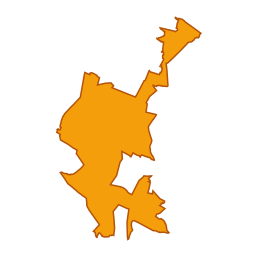 the district of Cuapiaxtla, Tlaxcala, Mexico, rotated 91°
{"feature_id": "50627088B23479789488100", "entity_name": "Cuapiaxtla", "entity_type": "district", "adm_level": 2, "iso_a3": "MEX", "parent_name": "Mexico", "parent_adm1": "Tlaxcala", "projection": "mercator", "projection_center": [-97.773, 19.339], "detail": "fine", "context": "isolated", "style": "filled", "palette": "amber", "viewbox_px": 256, "rotation_deg": 91, "n_neighbors": 0, "source": "geoboundaries", "source_scale": "gbopen_adm2", "svg_char_len": 5603}
<svg xmlns="http://www.w3.org/2000/svg" viewBox="0 0 256 256"><g transform="rotate(91 128 128)"><path d="M196.5,172.2L197.0,171.2L198.6,169.0L199.0,168.5L202.0,168.1L206.1,167.8L207.3,167.4L210.8,165.4L225.1,154.9L227.2,156.6L232.0,160.8L232.8,159.2L234.1,158.8L236.8,158.1L237.3,157.9L237.9,157.4L237.9,157.1L235.8,156.5L235.2,156.2L234.0,155.4L233.4,155.2L233.8,153.9L233.9,153.7L234.4,153.5L235.6,152.7L235.8,152.1L236.2,151.6L236.7,151.9L237.1,150.7L237.2,150.1L237.4,149.7L237.4,149.0L237.2,148.6L237.3,148.2L237.0,147.7L237.3,146.9L237.0,146.6L237.0,146.1L237.1,145.9L236.9,145.0L236.2,144.7L235.9,144.4L235.9,144.2L235.4,143.3L235.8,142.7L235.8,142.4L235.2,141.6L235.2,141.2L235.3,140.9L235.6,140.4L227.8,139.6L226.9,139.8L219.5,140.4L214.0,141.1L211.5,141.3L209.5,139.6L204.8,136.0L208.6,127.3L209.0,125.7L217.7,126.8L218.6,126.9L222.1,127.3L223.4,127.3L236.6,126.7L239.4,126.2L239.0,125.6L238.5,125.3L236.1,124.8L232.5,123.4L231.8,123.1L230.9,122.2L230.1,121.7L229.5,121.7L228.6,122.3L226.4,122.8L223.7,123.0L222.0,122.6L221.0,121.8L220.6,121.3L220.4,120.6L221.8,117.3L223.7,113.5L230.2,101.0L230.3,100.7L230.1,100.2L230.4,98.2L230.8,97.3L231.3,96.4L231.5,95.5L231.5,94.7L231.9,94.5L231.7,92.9L231.7,92.1L231.5,90.9L231.5,90.2L231.8,89.0L232.2,87.4L232.4,86.2L232.4,85.7L232.2,85.5L231.9,85.2L229.9,87.2L229.2,87.4L224.9,88.1L224.0,88.5L223.5,88.6L223.2,88.7L223.1,89.0L222.8,89.3L221.9,89.4L221.7,89.6L220.6,90.0L220.3,90.7L219.9,90.8L219.6,91.1L219.4,91.5L219.0,91.7L218.7,92.6L218.2,93.0L218.1,93.6L218.5,94.4L218.5,95.2L218.1,95.8L215.8,98.9L213.4,97.5L213.3,95.9L213.0,95.6L212.6,94.6L207.9,89.7L204.9,94.9L204.5,94.2L204.0,93.8L202.7,93.3L203.1,92.7L202.6,92.2L202.4,92.3L202.1,91.9L202.3,91.8L202.5,91.9L202.6,91.6L202.5,91.0L201.9,90.4L201.5,90.2L200.5,90.1L198.1,94.9L190.4,102.0L193.5,102.5L192.5,107.1L188.2,105.9L181.9,104.8L181.3,106.5L180.9,105.8L180.8,105.3L180.7,105.1L180.4,105.0L180.0,105.1L179.6,105.4L178.7,106.5L178.3,106.6L177.8,106.4L176.6,104.9L176.0,104.0L175.5,103.7L175.6,105.8L175.9,107.1L175.6,111.3L176.7,112.0L177.1,112.4L180.4,116.1L194.6,123.0L192.9,126.3L192.1,127.2L191.2,127.7L189.8,129.0L188.8,130.2L187.7,132.1L186.8,134.8L185.0,144.6L184.7,144.6L184.1,144.2L175.8,138.6L162.0,135.3L161.6,134.7L158.7,133.1L157.3,133.2L156.2,133.3L153.8,133.6L151.5,133.7L153.3,130.3L156.0,125.0L156.5,125.2L156.8,124.6L152.8,122.6L155.0,118.6L155.2,117.7L155.2,116.7L155.9,116.2L156.1,115.8L156.6,115.6L156.9,115.3L156.7,115.1L155.7,115.0L154.7,113.7L155.0,113.1L155.1,112.6L155.5,111.5L155.7,110.9L156.4,109.3L156.5,108.3L156.9,107.6L157.1,106.2L157.3,105.6L157.5,105.4L158.2,104.9L159.2,103.5L159.6,101.4L159.8,101.3L159.7,101.1L159.1,101.2L156.2,102.5L155.4,103.0L154.4,103.8L153.9,104.0L152.3,104.9L151.0,105.2L149.8,105.3L148.6,105.3L147.6,105.8L146.7,105.9L145.1,105.6L141.9,104.3L140.7,104.1L139.8,104.0L133.1,106.3L129.5,107.4L127.9,107.4L126.3,107.7L125.5,107.2L119.6,103.5L119.1,102.9L118.7,102.6L114.3,99.9L114.1,99.9L113.3,103.6L111.8,110.3L103.5,109.2L102.4,110.3L96.1,106.9L94.2,104.8L92.1,102.3L91.1,101.3L90.8,101.1L90.3,100.4L90.1,100.1L86.0,103.3L84.9,103.6L85.9,100.1L85.1,99.7L85.0,98.5L85.1,98.2L84.9,97.5L85.0,97.0L84.9,96.8L84.9,96.6L85.2,96.3L85.1,95.7L85.3,95.4L85.7,94.3L85.6,93.8L85.6,92.4L85.5,92.2L85.7,91.6L85.6,91.0L85.8,90.5L85.8,89.6L85.7,89.4L85.4,88.9L85.0,88.8L69.5,90.1L62.7,91.0L62.4,89.6L56.5,83.5L47.5,74.8L42.4,70.1L42.1,70.0L41.8,69.5L41.4,69.2L41.2,68.9L41.1,68.4L40.8,66.2L40.3,65.3L39.6,64.8L39.1,63.8L38.1,63.1L37.6,63.1L37.2,62.7L36.9,62.1L36.8,61.5L36.3,61.1L36.2,60.6L36.6,59.6L36.6,59.2L36.3,58.9L35.8,58.6L33.8,58.0L32.3,57.2L32.0,56.8L20.6,73.1L19.7,73.8L18.3,75.9L17.7,78.3L17.6,79.0L17.8,79.7L17.8,80.2L17.2,81.4L16.6,82.4L17.1,82.7L17.3,82.7L18.5,81.2L18.8,80.8L19.1,79.9L19.2,80.0L19.7,79.3L21.8,80.4L22.4,80.4L22.5,80.6L25.9,81.1L27.1,81.5L27.3,81.5L27.4,81.2L27.3,80.7L27.6,80.5L27.9,80.3L28.6,80.2L29.1,80.3L29.3,80.3L29.6,80.7L30.8,82.4L30.5,82.6L27.3,97.6L28.3,97.1L28.8,96.5L29.1,95.7L31.0,93.6L31.1,92.9L35.0,93.3L35.1,93.7L35.6,94.1L35.6,94.5L35.8,94.7L35.9,95.2L36.3,95.7L36.5,96.5L37.0,97.0L37.1,97.8L37.4,98.2L37.3,98.9L37.3,99.0L37.6,99.1L37.8,99.4L38.0,100.1L37.9,100.6L38.8,100.2L39.6,98.7L39.7,98.2L40.3,97.9L40.5,97.2L41.0,96.9L41.0,96.7L40.7,96.6L40.6,96.4L40.8,96.0L41.4,95.8L41.5,95.6L41.4,95.5L41.1,95.4L41.1,95.2L41.5,94.6L41.5,93.9L48.6,94.6L51.4,94.7L51.2,95.1L50.9,95.5L51.1,95.7L51.5,95.7L51.8,93.8L54.5,93.8L54.6,94.6L57.6,94.6L57.7,94.2L57.9,93.9L58.1,93.7L58.7,93.5L65.4,96.9L64.9,95.6L67.0,95.8L67.2,95.7L67.5,95.2L67.5,94.9L67.9,94.8L70.0,95.1L70.2,95.4L72.2,96.1L72.0,96.8L74.1,97.6L71.3,107.3L70.2,107.6L70.3,107.8L70.8,108.1L80.1,111.6L80.4,112.7L94.0,119.5L96.9,121.2L88.0,144.7L86.0,143.1L83.2,145.8L83.6,151.3L85.5,159.2L78.2,157.4L77.0,159.6L75.8,160.1L73.3,165.2L74.0,167.2L75.4,167.2L73.2,172.1L75.5,172.6L98.1,176.2L105.2,182.6L107.4,184.8L114.2,191.0L116.4,192.5L117.4,193.1L119.9,194.1L122.1,194.8L123.9,195.1L127.0,195.9L127.3,195.7L127.5,195.8L128.3,195.9L128.9,194.9L131.1,196.0L130.1,197.9L130.9,198.8L131.2,198.3L133.5,199.2L135.6,195.6L136.9,196.2L141.2,195.2L145.7,187.0L148.8,182.7L151.0,178.6L154.8,179.2L155.0,178.8L165.5,171.5L167.2,172.7L169.9,175.2L171.1,176.8L172.1,177.8L173.6,179.6L174.8,181.6L175.0,181.7L175.3,182.5L175.2,183.9L175.2,184.2L175.8,184.6L175.8,184.9L175.6,185.1L175.5,185.5L175.6,187.1L175.5,187.4L175.4,187.6L174.9,187.7L174.8,188.3L174.6,188.8L174.6,190.8L174.3,191.8L173.3,193.3L173.7,194.9L179.4,190.7L184.7,187.2L186.3,185.0L192.0,178.0L193.3,176.6L195.7,173.1L196.5,172.2Z" fill="#f59e0b" stroke="#b45309" stroke-width="1.5"/></g></svg>